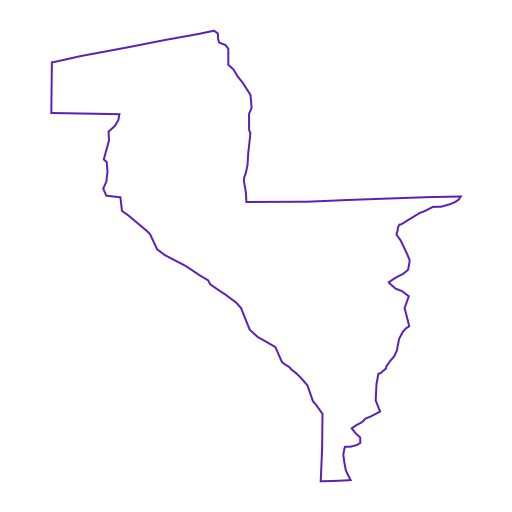 Ingall, Agadez, Niger
{"feature_id": "23599985B91742674817727", "entity_name": "Ingall", "entity_type": "district", "adm_level": 2, "iso_a3": "NER", "parent_name": "Niger", "parent_adm1": "Agadez", "projection": "albers", "projection_center": [6.528, 17.43], "detail": "fine", "context": "isolated", "style": "outline", "palette": "violet", "viewbox_px": 512, "rotation_deg": 0, "n_neighbors": 0, "source": "geoboundaries", "source_scale": "gbopen_adm2", "svg_char_len": 1905}
<svg xmlns="http://www.w3.org/2000/svg" viewBox="0 0 512 512"><path d="M265.4,341.3L275.4,347.1L282.0,362.2L284.8,364.3L289.2,367.0L291.7,369.8L295.9,373.0L300.1,377.0L307.4,385.3L313.0,401.4L315.9,404.6L322.5,413.9L322.1,448.9L320.7,481.3L337.9,480.8L349.3,480.2L350.6,480.1L345.9,470.7L344.4,462.7L343.3,454.8L344.2,449.6L344.9,446.8L350.5,446.7L357.0,445.0L360.3,442.8L360.2,437.5L355.6,433.3L351.7,428.3L356.0,425.4L358.0,424.3L362.3,422.0L365.3,418.7L371.1,416.3L380.1,411.5L375.7,400.5L376.5,383.9L378.4,373.7L380.3,373.3L385.9,368.6L386.3,366.5L390.3,360.8L394.0,356.6L396.8,350.8L398.2,343.4L399.2,338.6L402.9,331.8L405.9,328.4L409.2,326.3L407.9,320.8L404.6,308.1L405.3,306.0L408.1,298.3L408.8,296.2L401.8,291.0L395.7,288.7L389.2,283.1L388.8,282.2L393.5,279.1L397.2,276.8L402.8,274.1L407.0,270.7L408.2,269.4L409.4,262.7L409.4,262.9L409.6,260.0L407.2,254.2L400.7,240.5L396.6,234.8L396.6,233.2L397.5,231.3L398.0,227.2L399.5,224.6L401.1,224.4L408.5,219.8L415.3,215.7L420.0,212.8L424.5,211.2L432.9,206.9L441.3,206.7L450.0,204.2L453.8,202.6L455.8,201.6L458.8,199.5L460.7,196.5L429.4,197.1L403.3,198.0L347.7,200.0L307.9,201.7L246.4,202.0L245.9,192.8L244.9,186.3L243.9,181.6L244.0,178.3L245.9,172.7L247.5,165.1L248.2,153.5L250.0,137.4L250.3,132.8L249.1,130.0L249.0,114.0L251.6,107.7L250.5,95.0L242.6,82.6L237.6,76.4L233.4,69.4L228.3,64.8L228.3,48.7L225.4,45.0L219.1,42.5L218.0,38.6L217.9,33.5L214.0,30.7L197.3,34.2L164.9,40.0L127.9,47.3L101.0,52.3L80.6,56.1L53.7,62.1L51.9,62.3L51.3,113.0L119.4,114.2L118.3,120.2L114.8,126.0L108.6,131.6L109.0,140.4L103.8,159.4L106.7,162.1L107.5,171.5L106.4,181.5L103.2,188.6L106.3,195.7L120.4,197.3L122.0,211.0L128.2,215.3L146.9,231.0L150.0,234.1L157.2,249.4L165.0,255.2L185.9,266.1L199.5,275.2L208.1,280.3L210.4,284.5L219.0,290.4L225.3,294.5L236.2,302.6L241.0,308.0L244.5,316.7L249.7,329.7L257.7,337.0L265.4,341.3Z" fill="none" stroke="#5b21b6" stroke-width="2"/></svg>